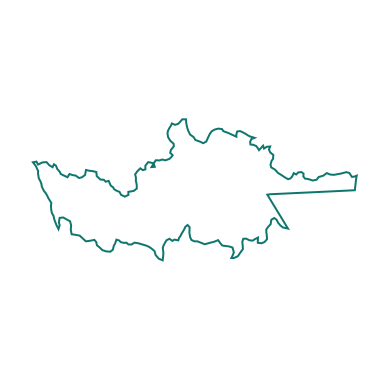 Presidente Juscelino, Maranhão, Brazil, rotated 277°
{"feature_id": "56859067B299836344179", "entity_name": "Presidente Juscelino", "entity_type": "district", "adm_level": 2, "iso_a3": "BRA", "parent_name": "Brazil", "parent_adm1": "Maranhão", "projection": "orthographic", "projection_center": [-44.075, -3.099], "detail": "fine", "context": "isolated", "style": "outline", "palette": "teal", "viewbox_px": 384, "rotation_deg": 277, "n_neighbors": 0, "source": "geoboundaries", "source_scale": "gbopen_adm2", "svg_char_len": 3502}
<svg xmlns="http://www.w3.org/2000/svg" viewBox="0 0 384 384"><g transform="rotate(277 192 192)"><path d="M138.9,64.0L142.9,64.7L145.5,63.6L150.2,63.8L151.0,67.3L149.8,70.2L148.1,74.5L144.2,76.1L139.6,76.3L135.4,77.7L135.3,81.6L135.0,85.9L132.6,89.2L130.1,92.7L131.3,97.1L132.6,100.9L130.7,103.0L127.5,104.2L125.9,106.8L123.4,110.1L122.6,114.3L122.8,118.2L125.1,120.5L128.9,120.9L131.6,122.0L135.5,122.8L135.0,125.6L133.5,127.5L133.2,130.7L133.7,133.2L132.2,135.2L132.5,138.3L134.7,141.1L134.5,145.5L133.2,153.2L132.2,156.4L130.7,159.1L128.8,162.0L125.0,163.6L121.8,167.1L120.6,171.2L125.3,171.2L128.3,171.0L132.9,169.8L135.5,170.3L138.8,171.6L141.0,172.6L142.8,175.3L141.1,178.5L142.6,180.3L142.3,184.3L144.7,184.7L146.9,185.9L149.2,186.7L153.4,188.6L156.7,189.7L158.7,191.6L156.8,193.9L151.2,194.4L147.0,195.6L144.3,197.3L143.3,200.5L143.7,203.3L142.6,207.5L141.7,211.0L143.8,216.1L145.3,220.0L147.4,223.8L144.9,226.1L142.6,228.5L142.5,231.5L142.5,235.5L141.8,239.0L137.2,240.9L134.0,240.1L131.3,239.1L131.5,241.5L133.8,245.3L137.6,247.3L141.6,249.5L145.6,248.7L148.7,248.0L151.8,248.6L152.3,251.5L151.1,254.8L151.1,258.1L153.1,260.5L154.8,263.0L149.6,263.5L149.6,267.4L151.3,270.2L154.3,272.2L157.7,271.6L161.0,270.7L163.8,270.3L166.8,271.9L169.7,274.0L174.1,274.1L176.2,276.8L174.8,279.3L171.9,281.3L169.5,283.9L167.9,286.5L167.4,291.7L198.5,267.1L199.3,269.9L209.3,328.5L213.6,353.4L224.6,353.3L228.3,353.5L227.1,351.4L226.5,348.9L230.1,345.8L230.5,342.8L228.6,338.0L227.5,334.6L226.3,330.6L226.2,326.9L227.2,323.5L224.2,320.3L222.3,315.9L219.4,314.2L218.1,310.5L219.0,305.9L219.1,302.5L221.0,300.6L223.8,300.5L225.1,298.3L224.4,295.1L222.1,293.3L223.1,290.7L219.7,289.6L217.5,288.1L216.4,285.8L217.6,282.9L220.0,278.1L221.4,275.0L224.2,271.9L226.1,267.6L228.7,266.6L232.6,267.2L234.8,268.4L238.7,268.2L240.8,264.8L243.5,263.2L246.7,264.0L246.0,260.7L243.9,258.2L246.6,256.9L243.9,255.0L241.7,253.4L243.6,251.9L245.4,250.2L246.3,247.1L246.3,244.2L248.8,243.6L251.7,244.4L253.4,247.4L254.2,242.8L255.0,240.6L256.3,238.0L257.6,234.7L258.3,232.3L257.6,229.5L254.7,229.0L252.3,229.3L255.0,220.8L256.2,215.7L258.1,214.1L258.1,210.3L256.8,207.0L254.7,204.2L252.1,202.7L247.7,201.2L243.8,200.0L241.8,197.2L243.0,193.6L244.0,189.1L246.7,186.9L248.8,183.1L252.3,180.8L255.5,179.3L260.0,177.8L263.4,177.2L262.9,173.4L260.1,171.6L257.9,169.9L256.6,166.9L257.6,163.7L255.1,162.9L253.0,161.9L249.6,160.6L246.8,160.6L243.5,161.6L240.0,164.4L237.8,167.8L235.1,168.4L231.1,165.9L228.2,165.6L226.2,168.3L224.1,167.2L222.1,165.5L220.2,161.7L220.6,158.3L219.4,156.1L219.1,152.2L215.7,150.5L216.2,147.4L216.3,144.9L212.4,142.5L208.8,143.0L207.7,140.5L209.2,137.8L206.3,135.5L202.6,133.4L199.5,134.6L196.3,134.9L192.7,136.2L188.7,136.8L185.9,133.9L184.4,128.8L181.3,129.2L179.2,125.8L180.5,122.0L183.3,120.0L184.0,117.2L185.1,114.6L187.1,113.0L188.4,110.6L190.9,109.1L192.9,107.9L191.7,105.1L193.4,103.0L193.2,99.6L196.2,95.5L200.2,94.6L200.6,90.6L200.6,87.5L200.9,84.1L195.9,83.8L193.2,81.0L192.1,78.2L194.1,74.6L194.2,71.6L194.9,68.2L191.5,66.6L192.6,63.2L193.9,59.5L195.9,58.3L198.5,55.4L201.5,53.8L202.7,51.6L199.6,50.6L201.2,47.1L203.9,44.0L203.2,40.1L200.5,35.9L203.2,33.9L202.1,30.5L198.8,33.8L196.3,35.3L194.1,36.7L191.7,36.9L186.8,38.3L184.4,40.1L181.8,41.5L179.0,42.3L175.0,44.9L173.0,47.0L170.6,48.8L168.5,50.1L164.0,53.7L161.0,53.7L157.4,54.4L154.3,55.4L151.4,57.5L148.1,58.6L142.8,61.4L138.9,64.0ZM215.7,150.5L212.4,151.9L211.8,148.8L215.7,150.5Z" fill="none" stroke="#0f766e" stroke-width="2"/></g></svg>